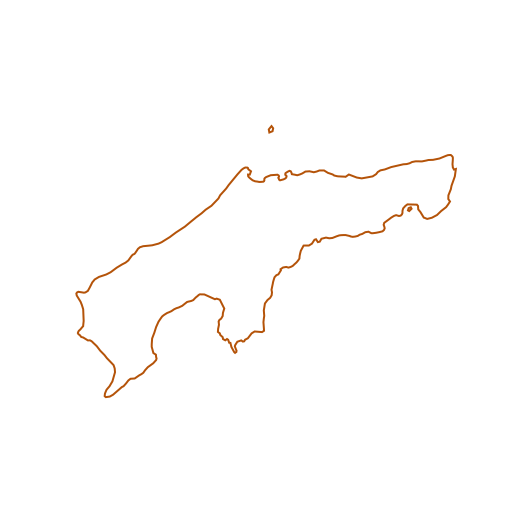 Saipan, Saipan, Northern Mariana Islands (Equal Earth projection), rotated 42°
{"feature_id": "39175420B42755231479115", "entity_name": "Saipan", "entity_type": "district", "adm_level": 2, "iso_a3": "MNP", "parent_name": "Northern Mariana Islands", "parent_adm1": "Saipan", "projection": "equal_earth", "projection_center": [145.757, 15.191], "detail": "fine", "context": "isolated", "style": "outline", "palette": "amber", "viewbox_px": 512, "rotation_deg": 42, "n_neighbors": 0, "source": "geoboundaries", "source_scale": "gbopen_adm2", "svg_char_len": 5673}
<svg xmlns="http://www.w3.org/2000/svg" viewBox="0 0 512 512"><g transform="rotate(42 256 256)"><path d="M147.5,402.6L147.4,402.9L147.6,404.1L149.2,405.3L151.2,405.9L156.3,407.4L158.7,408.6L158.8,408.6L161.2,410.0L163.2,411.2L171.4,419.6L173.8,422.9L174.5,423.8L174.5,425.8L174.6,427.9L174.4,430.2L174.7,431.4L174.8,431.7L175.2,432.5L176.4,432.9L178.1,432.7L180.3,433.1L182.1,432.2L187.6,431.2L189.0,429.8L190.5,429.4L191.8,429.3L192.5,429.4L196.8,429.5L198.4,429.6L198.8,429.7L203.5,430.6L209.7,431.0L213.6,431.7L218.0,432.0L222.0,432.3L223.2,432.4L226.2,434.1L229.0,436.7L233.2,445.3L233.6,447.4L234.3,450.8L234.4,455.3L235.1,457.4L235.8,459.3L237.3,461.4L238.8,461.4L241.4,458.3L242.6,454.7L244.0,443.2L244.7,441.4L244.7,437.7L244.4,433.9L244.9,431.2L247.8,428.2L249.1,422.7L249.9,420.5L250.4,418.2L250.0,415.1L250.0,411.0L251.4,404.5L251.4,401.9L251.4,400.1L250.6,398.6L249.5,398.0L247.6,396.3L244.7,396.8L239.3,393.3L237.6,391.4L237.2,390.9L234.0,386.8L231.8,381.1L229.3,375.6L227.5,370.0L227.0,366.4L226.7,363.8L227.0,361.8L227.5,359.9L228.1,357.8L229.0,356.0L229.9,353.9L230.0,353.7L230.5,351.7L230.8,350.4L231.8,348.0L233.0,346.0L233.8,344.1L234.3,342.9L234.5,342.5L234.7,341.3L235.0,339.4L235.3,337.7L235.5,336.4L236.1,335.4L237.1,334.0L238.1,332.5L238.3,332.0L238.9,330.7L238.9,329.1L239.0,327.0L239.4,324.6L239.4,324.2L239.5,323.3L239.9,322.1L241.5,320.7L243.4,319.1L254.4,315.6L255.3,314.0L258.4,312.7L267.6,316.3L267.9,317.0L269.5,320.4L271.4,322.9L272.0,325.9L271.6,327.9L272.0,329.6L274.5,331.9L276.6,335.5L278.5,337.9L280.9,337.7L282.3,338.6L285.5,338.6L287.1,339.8L289.6,339.2L290.0,337.1L291.4,336.9L294.1,338.4L295.1,337.7L298.7,340.1L299.0,340.2L304.1,342.0L305.2,342.0L305.2,341.9L305.6,340.5L304.8,339.3L304.0,339.0L300.7,337.3L300.4,336.7L300.1,335.9L299.5,332.2L301.5,328.6L303.5,328.4L304.3,327.3L303.9,325.5L305.0,322.6L304.5,316.4L305.5,313.0L311.4,308.5L312.0,306.2L310.5,304.7L305.8,300.2L303.3,296.7L302.2,295.0L298.2,291.2L297.3,289.8L294.6,285.6L294.4,285.3L294.0,281.0L294.5,277.6L293.9,274.7L292.2,272.3L290.1,270.7L289.4,269.5L286.8,265.0L286.5,264.6L285.8,263.3L284.7,261.0L284.0,259.4L284.0,256.6L284.9,254.7L284.1,250.0L283.1,249.4L283.8,246.4L285.8,243.9L287.9,242.9L289.1,240.9L289.9,238.9L290.0,237.9L290.1,236.4L290.4,233.7L290.3,231.3L290.0,228.9L288.4,226.8L287.8,225.8L287.0,224.4L285.8,222.1L284.4,216.4L288.3,212.8L289.3,209.4L288.6,204.8L289.4,203.4L292.7,204.3L293.8,202.7L293.1,199.4L295.7,195.5L298.6,193.8L300.7,191.5L302.4,188.1L302.5,187.8L303.7,185.7L304.0,185.1L305.2,183.7L305.8,183.1L307.3,181.6L308.0,181.0L308.7,180.4L310.0,179.7L312.5,178.3L313.0,178.3L315.0,177.1L316.6,175.3L318.2,173.0L318.8,170.8L320.2,168.5L321.3,165.2L321.6,164.8L322.7,163.5L323.3,162.7L326.4,161.9L327.5,161.0L327.9,160.5L329.7,158.4L331.7,155.7L333.5,153.0L333.7,151.0L333.1,149.3L332.0,148.5L330.0,147.4L329.1,145.5L329.6,143.1L330.2,140.2L330.8,137.0L331.7,133.9L332.8,131.9L335.5,130.6L336.5,129.2L336.6,127.5L336.1,126.1L334.8,124.6L334.4,124.0L333.5,122.1L333.5,118.9L334.0,116.3L341.2,110.2L342.9,110.4L345.4,112.8L348.7,113.3L355.0,115.2L355.6,114.9L358.4,113.9L361.1,109.9L363.1,104.4L363.5,98.7L364.6,92.5L364.3,89.4L363.7,85.7L360.8,85.0L358.4,82.2L356.1,76.0L354.3,73.0L350.5,63.8L346.3,57.6L345.3,59.3L343.1,58.5L342.9,58.4L342.4,57.9L340.6,56.3L338.2,53.2L336.7,51.4L335.9,50.8L335.0,50.6L334.4,50.6L333.2,50.6L332.4,51.3L331.1,52.7L330.2,54.4L327.1,60.8L324.3,64.6L323.2,66.1L319.9,69.3L318.6,71.2L316.0,74.7L311.6,78.5L311.4,78.7L310.9,79.3L309.1,81.7L308.1,84.3L306.5,86.8L304.1,89.3L297.0,99.4L293.8,105.5L291.1,109.2L291.0,109.7L290.3,112.1L290.5,114.8L289.4,118.8L287.1,121.8L285.4,124.0L282.6,127.6L278.5,130.2L278.3,130.3L270.5,133.3L270.3,134.1L269.6,137.2L269.2,137.4L263.8,141.8L262.6,142.6L262.2,142.8L260.2,143.9L259.7,143.9L258.5,144.1L258.4,144.1L253.8,146.1L249.3,146.9L247.6,148.5L245.9,150.0L244.6,152.6L242.9,155.1L241.6,155.8L239.0,157.3L236.2,160.2L235.8,161.6L235.1,163.8L234.0,166.1L233.1,167.6L232.6,168.4L230.3,169.7L227.9,171.2L226.5,170.3L225.1,169.8L223.9,170.3L223.2,172.0L222.9,173.1L222.5,174.6L222.9,175.5L223.5,176.1L224.6,176.0L225.3,176.2L225.4,176.5L226.0,177.5L225.9,178.8L225.2,180.6L224.1,182.3L223.2,183.7L222.0,183.8L221.9,183.7L221.1,183.2L220.3,183.0L220.0,181.6L219.1,181.0L217.6,181.2L212.9,186.1L210.7,190.6L210.4,192.3L210.6,193.1L211.6,194.2L211.9,195.1L211.7,195.9L211.3,196.3L210.5,197.2L209.0,198.7L207.9,199.4L207.5,199.6L205.3,201.1L202.8,202.0L200.0,202.2L199.9,202.2L199.1,202.2L197.9,202.2L196.7,201.9L195.6,200.8L196.9,199.7L195.6,196.4L192.3,196.7L191.1,196.0L190.4,196.1L189.7,196.7L188.8,197.5L188.1,199.2L187.9,200.2L187.6,201.6L187.6,203.1L187.6,203.4L187.6,207.7L188.2,221.5L188.7,225.8L188.7,232.4L188.7,234.8L189.6,238.4L189.3,247.8L189.3,248.4L187.6,255.3L187.0,260.6L185.6,267.6L185.4,269.1L184.6,274.2L183.5,281.8L180.8,292.0L179.7,297.5L179.3,299.6L177.1,307.2L176.7,308.7L175.3,312.0L171.7,317.5L169.0,320.5L165.6,324.2L163.8,327.3L163.7,328.5L163.6,328.9L163.5,329.7L163.8,331.4L164.1,333.7L164.2,334.2L164.3,335.6L164.0,336.5L163.6,337.3L163.5,338.1L163.5,339.1L163.8,342.1L164.1,344.7L163.6,347.6L163.5,348.2L162.7,350.3L162.1,351.9L160.3,357.9L159.1,364.0L159.0,364.5L158.8,365.4L158.5,366.2L157.6,368.6L157.4,369.1L157.0,370.1L153.3,376.6L151.8,381.5L151.9,382.3L152.0,385.2L152.6,387.3L153.5,390.6L153.9,392.3L154.2,393.7L154.4,394.4L153.6,397.2L152.7,398.4L150.8,399.6L149.3,400.6L147.9,401.5L147.5,402.6ZM180.6,149.1L180.8,153.4L183.3,155.3L183.6,154.7L184.8,152.2L183.3,149.6L180.6,149.1ZM337.8,117.4L337.4,118.3L338.4,120.4L339.8,120.1L340.0,116.8L338.4,116.2L338.1,116.8L337.8,117.4Z" fill="none" stroke="#b45309" stroke-width="2"/></g></svg>